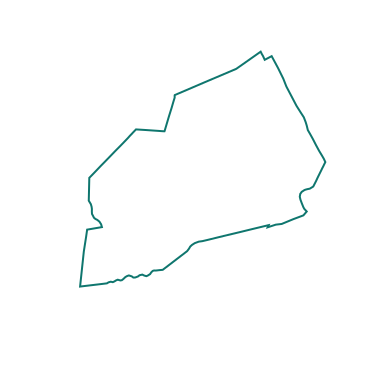 El Porvenir, Chiapas, Mexico (Albers equal-area conic projection), rotated 322°
{"feature_id": "50627088B63414133184656", "entity_name": "El Porvenir", "entity_type": "district", "adm_level": 2, "iso_a3": "MEX", "parent_name": "Mexico", "parent_adm1": "Chiapas", "projection": "albers", "projection_center": [-92.269, 15.429], "detail": "fine", "context": "isolated", "style": "outline", "palette": "teal", "viewbox_px": 384, "rotation_deg": 322, "n_neighbors": 0, "source": "geoboundaries", "source_scale": "gbopen_adm2", "svg_char_len": 1914}
<svg xmlns="http://www.w3.org/2000/svg" viewBox="0 0 384 384"><g transform="rotate(322 192 192)"><path d="M332.5,123.7L302.7,122.2L269.8,113.4L238.1,105.0L237.8,105.2L236.4,107.0L232.5,109.7L227.8,113.1L220.4,118.2L208.2,126.9L207.7,127.2L206.5,126.2L204.6,124.5L204.2,124.1L193.5,114.5L186.4,108.2L181.5,108.9L180.6,109.1L180.4,109.1L177.5,109.5L174.9,110.0L174.7,110.0L174.2,110.1L164.3,111.5L159.5,112.1L155.7,112.6L150.8,113.3L145.7,114.0L140.6,114.7L136.0,115.3L130.6,116.1L126.5,116.7L119.8,117.6L105.3,135.3L104.8,139.3L103.8,141.8L102.7,143.7L101.0,145.8L99.7,147.7L99.3,150.0L98.9,151.9L99.3,153.8L100.2,155.7L100.8,158.4L100.5,161.5L99.4,164.2L86.2,157.1L81.3,161.8L70.2,172.2L45.6,197.6L62.9,208.1L68.7,211.6L70.6,211.8L72.8,212.7L74.1,214.3L75.8,214.7L77.8,214.9L79.5,215.4L81.1,217.6L82.4,218.3L84.3,218.3L87.2,218.0L89.2,218.3L90.9,218.9L92.6,221.4L93.1,223.3L94.6,224.4L97.4,225.3L99.4,225.3L102.0,226.5L102.9,228.4L104.2,230.2L105.5,230.6L108.4,230.9L110.5,230.2L112.5,230.0L113.8,230.5L115.1,231.6L118.2,233.5L121.0,235.3L151.8,235.6L154.8,234.8L157.0,233.9L159.4,233.7L162.7,234.0L166.8,235.3L169.9,237.1L175.1,239.5L189.8,246.1L204.2,252.7L216.4,258.2L232.0,265.3L229.9,266.4L237.9,269.3L243.0,272.4L255.2,275.8L262.5,278.1L265.4,279.0L268.4,278.4L270.4,278.0L270.1,274.4L270.4,272.6L271.6,268.4L271.8,267.8L272.7,264.9L274.0,262.1L276.2,260.1L276.7,260.0L278.6,259.4L279.3,259.5L281.9,259.7L283.3,260.2L284.7,260.8L286.9,261.9L290.4,262.3L291.0,262.3L293.6,261.1L296.4,259.8L299.7,258.1L302.4,256.8L305.1,255.5L307.0,254.6L309.2,253.5L311.2,252.6L312.8,251.8L315.5,250.5L316.3,247.1L316.8,243.6L317.5,237.8L318.6,231.3L319.9,224.5L320.8,218.8L321.4,214.5L323.3,210.3L324.6,206.9L326.1,202.0L326.6,196.4L327.4,188.4L329.6,176.4L331.3,167.0L333.7,158.9L336.1,147.4L338.4,134.0L330.7,132.6L331.7,128.4L332.0,125.9L332.1,125.7L332.5,123.7Z" fill="none" stroke="#0f766e" stroke-width="2"/></g></svg>